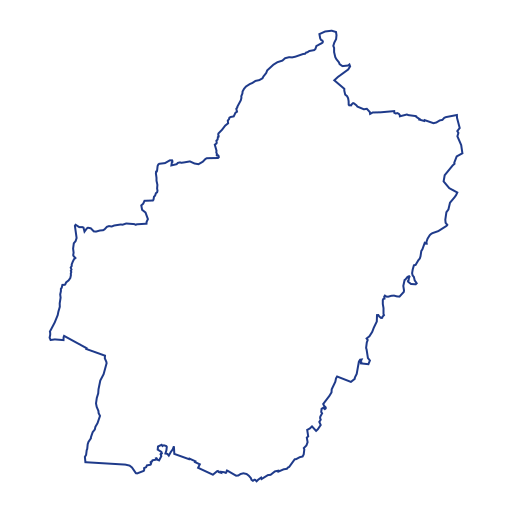 outline of Mihaesti, Arges, Romania
{"feature_id": "2599482B87190754251208", "entity_name": "Mihaesti", "entity_type": "district", "adm_level": 2, "iso_a3": "ROU", "parent_name": "Romania", "parent_adm1": "Arges", "projection": "albers", "projection_center": [25.018, 45.129], "detail": "fine", "context": "isolated", "style": "outline", "palette": "blue", "viewbox_px": 512, "rotation_deg": 0, "n_neighbors": 0, "source": "geoboundaries", "source_scale": "gbopen_adm2", "svg_char_len": 5988}
<svg xmlns="http://www.w3.org/2000/svg" viewBox="0 0 512 512"><path d="M325.7,407.4L324.1,405.8L323.2,404.0L329.3,396.0L331.5,392.4L331.7,389.3L335.3,381.8L336.0,378.4L337.1,376.5L350.9,381.9L354.7,378.9L354.9,377.5L356.7,373.9L358.9,361.6L360.1,359.7L361.6,359.5L360.4,362.0L361.3,362.4L361.0,363.4L368.4,364.2L369.9,360.5L367.9,358.0L366.6,349.6L366.1,347.9L366.8,342.4L367.7,340.0L366.6,338.5L369.4,336.3L372.2,331.9L373.8,327.7L376.8,321.5L377.0,315.1L378.3,315.0L379.2,316.4L381.1,318.0L382.2,317.8L382.5,316.7L384.0,315.1L383.5,314.1L383.5,308.1L382.8,304.0L382.8,300.1L383.3,299.0L384.5,298.6L384.2,296.7L384.9,295.6L386.4,296.6L388.2,296.7L391.3,295.8L394.0,295.6L396.9,296.4L399.5,296.6L403.8,291.9L404.0,290.4L403.3,285.9L404.6,280.0L405.5,279.4L407.5,276.9L409.1,276.2L409.5,276.6L408.7,278.7L408.7,280.0L407.9,281.1L408.2,281.8L411.0,284.0L415.7,284.3L416.7,283.3L414.7,280.4L413.9,277.0L412.6,275.4L412.1,273.2L412.7,269.5L413.9,265.3L415.6,264.9L418.3,260.3L419.8,258.5L420.5,256.3L421.3,251.0L422.4,249.3L424.7,242.9L425.8,243.7L426.7,243.7L426.4,242.0L427.6,238.6L429.8,235.1L430.9,234.1L432.3,233.2L438.3,231.1L446.5,225.9L447.3,224.9L445.6,222.8L445.3,219.7L446.4,212.2L448.4,209.5L450.0,202.7L454.6,197.2L456.1,195.1L457.3,192.5L449.3,188.2L443.6,181.4L444.7,175.2L452.7,165.4L454.5,163.8L454.3,162.6L456.7,156.4L462.4,153.3L461.2,145.1L457.4,136.3L458.4,132.9L457.3,131.1L459.7,128.0L457.0,117.8L456.9,115.0L446.0,117.1L444.3,117.8L442.4,119.9L439.8,120.4L436.3,122.5L433.5,123.2L424.6,120.1L424.3,121.0L419.4,119.6L419.7,119.1L416.4,117.0L416.3,116.4L415.8,116.1L408.3,115.1L406.9,114.5L399.9,116.3L399.8,115.1L398.9,113.9L397.4,113.1L395.7,113.5L394.3,112.8L394.2,111.1L380.7,112.3L372.7,112.5L370.1,113.9L369.8,112.0L366.8,108.8L363.9,109.3L357.4,106.6L356.5,105.4L354.0,103.4L353.1,103.1L351.3,104.7L351.2,105.3L349.2,105.3L348.7,104.7L348.6,101.1L348.1,98.2L347.1,96.2L345.2,94.6L344.3,90.7L344.3,88.8L334.3,80.3L338.0,76.9L348.2,69.5L350.1,66.4L349.4,64.5L348.2,65.5L342.6,66.1L341.8,65.7L339.6,64.1L338.9,62.3L336.4,59.2L335.3,57.2L334.1,52.1L334.1,47.9L333.3,45.9L334.3,42.6L336.1,39.1L336.5,35.2L336.0,32.0L331.7,30.7L325.1,31.5L319.4,34.1L320.2,38.4L321.0,39.9L322.4,40.6L322.9,41.8L322.4,42.8L316.4,46.0L315.4,49.0L314.2,50.1L309.3,51.0L307.4,52.3L306.2,52.5L305.0,53.8L303.1,54.0L295.3,56.7L292.1,57.4L289.1,57.2L285.1,58.2L282.4,60.6L277.4,62.2L273.4,64.7L267.2,70.4L266.2,73.0L263.4,76.5L262.5,78.3L259.3,80.1L255.5,80.9L252.3,83.0L249.9,84.0L246.0,86.5L244.1,88.7L242.6,91.4L242.4,93.5L241.3,96.2L241.4,97.9L240.8,100.3L237.3,106.8L237.3,107.5L236.3,108.8L237.0,111.7L235.5,112.7L233.7,116.4L230.6,117.0L229.4,117.7L229.0,119.2L227.8,120.6L228.1,123.3L225.2,125.6L222.0,129.8L218.4,133.5L218.2,134.9L218.6,135.7L218.6,136.7L217.9,137.0L217.6,139.5L216.4,140.7L216.7,142.7L216.5,143.4L214.8,144.7L216.5,150.7L216.3,152.4L216.9,153.9L216.7,155.2L217.1,155.6L218.2,155.4L218.6,156.0L218.8,157.2L218.0,158.0L206.9,158.2L205.5,158.9L202.8,161.7L198.5,164.2L194.5,163.5L189.9,161.4L184.2,162.4L181.3,162.8L180.0,162.4L177.8,162.9L176.6,164.2L171.4,165.4L171.9,162.3L172.4,162.0L172.4,161.0L172.1,160.3L169.9,160.3L165.0,163.1L159.2,163.8L158.3,164.5L157.6,166.0L157.1,170.5L156.8,171.5L156.1,171.6L155.9,173.4L156.5,177.8L156.5,180.7L157.4,184.9L157.1,188.5L157.5,190.7L157.1,192.3L155.9,193.2L155.1,195.6L154.0,196.7L153.5,199.6L152.9,200.5L144.5,200.8L143.2,203.7L141.3,205.4L142.1,209.8L145.5,212.5L147.9,219.1L146.6,221.9L146.5,223.7L136.8,224.3L135.8,224.8L134.2,224.1L126.2,223.5L122.6,224.7L120.7,224.5L114.2,225.5L111.7,226.5L109.0,226.1L106.9,226.8L104.6,229.3L103.2,230.2L99.9,230.5L96.0,231.6L93.8,231.4L90.8,228.3L88.4,227.8L87.7,227.8L86.8,228.5L84.5,231.6L83.5,227.6L82.4,227.1L79.2,227.1L75.6,224.8L74.9,225.8L76.6,238.0L75.6,241.1L73.8,243.3L73.1,248.6L73.6,252.7L73.2,255.1L73.6,256.1L75.4,258.0L74.0,259.2L72.8,261.6L71.7,264.4L71.7,266.0L70.7,267.6L71.5,269.6L70.8,270.8L71.3,272.0L70.8,273.5L70.9,275.2L70.3,278.0L68.6,280.4L66.1,282.4L65.4,284.1L64.8,284.8L62.4,284.9L61.7,287.8L60.9,288.8L60.9,291.2L60.2,294.4L60.6,297.7L59.7,303.3L59.8,306.8L58.4,311.6L57.7,315.1L54.7,322.5L49.9,331.6L50.2,332.8L50.2,334.8L49.6,337.7L50.6,340.0L54.8,339.4L63.5,340.1L63.6,337.2L64.1,335.9L86.6,348.2L86.3,349.0L105.0,355.7L104.8,358.3L106.3,361.7L106.6,363.2L103.6,374.2L100.3,380.5L98.5,389.3L98.2,393.4L96.8,397.9L96.0,403.4L96.7,406.9L98.4,410.9L98.6,413.1L100.0,415.9L97.5,423.2L95.4,426.8L94.8,429.5L92.7,432.1L90.9,437.3L90.9,438.3L88.5,441.8L87.7,444.2L87.2,449.0L86.7,450.1L86.1,454.9L84.9,456.9L85.4,462.2L125.3,464.6L129.6,465.6L132.0,467.5L135.9,473.2L137.2,473.4L143.7,470.9L144.2,469.9L144.1,468.1L146.1,467.2L146.9,465.4L150.5,464.7L151.1,463.7L150.6,462.2L151.3,461.6L151.9,461.6L152.5,460.3L155.7,459.7L156.3,458.7L156.1,458.3L156.5,458.2L156.8,458.5L156.6,459.4L159.1,460.4L161.3,456.2L161.0,455.4L161.2,454.6L160.6,454.1L161.3,453.2L161.8,453.1L161.4,451.9L157.7,449.6L158.0,446.5L161.6,444.8L162.5,446.0L163.3,445.4L164.3,445.4L166.3,446.1L166.8,446.9L166.4,450.3L165.4,453.5L167.4,453.9L168.8,455.6L170.8,452.0L172.7,449.4L173.9,446.3L174.3,453.9L189.1,459.2L189.4,458.6L195.4,461.3L195.0,462.1L199.8,464.3L198.1,467.8L212.9,474.7L217.1,471.2L217.9,471.0L218.7,472.1L221.1,472.8L220.8,471.8L224.1,472.2L225.8,472.9L226.2,472.7L226.9,470.5L227.3,470.6L236.1,475.7L238.3,475.5L240.6,474.0L243.4,473.3L246.6,474.0L248.8,475.7L250.8,478.0L251.5,479.8L252.9,480.8L254.5,479.7L255.3,479.9L256.6,481.3L258.2,479.7L261.1,477.6L261.6,479.0L267.9,475.1L270.6,474.8L274.9,471.4L278.3,470.7L278.4,471.6L283.7,469.3L286.9,468.8L287.8,467.6L289.2,466.9L294.7,459.3L296.2,459.1L299.7,457.2L302.6,456.5L303.7,454.4L304.3,449.5L303.8,448.1L306.4,445.5L307.6,442.2L306.8,437.6L308.2,436.4L307.2,429.9L309.8,428.5L312.0,426.4L316.1,430.9L317.8,429.3L320.7,425.0L319.3,421.9L320.7,419.7L320.1,418.0L320.3,416.6L322.1,413.3L321.2,412.0L321.6,408.8L323.2,407.8L324.8,409.1L325.7,408.4L325.7,407.4Z" fill="none" stroke="#1e3a8a" stroke-width="2"/></svg>